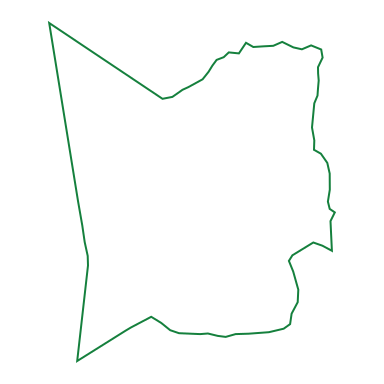 Goianinha, Rio Grande do Norte, Brazil
{"feature_id": "56859067B94338823405962", "entity_name": "Goianinha", "entity_type": "district", "adm_level": 2, "iso_a3": "BRA", "parent_name": "Brazil", "parent_adm1": "Rio Grande do Norte", "projection": "orthographic", "projection_center": [-35.19, -6.288], "detail": "fine", "context": "isolated", "style": "outline", "palette": "green", "viewbox_px": 384, "rotation_deg": 0, "n_neighbors": 0, "source": "geoboundaries", "source_scale": "gbopen_adm2", "svg_char_len": 931}
<svg xmlns="http://www.w3.org/2000/svg" viewBox="0 0 384 384"><path d="M49.2,23.0L78.1,201.6L82.3,225.6L84.7,242.1L87.7,255.9L88.0,265.5L77.2,361.0L125.7,330.6L130.9,327.5L151.2,316.8L161.3,323.0L170.2,330.2L179.0,333.2L200.2,334.1L207.9,333.5L217.8,335.9L225.7,336.9L235.6,334.1L248.6,333.7L268.9,332.2L283.7,328.7L290.1,324.1L291.6,313.7L297.7,302.2L298.3,289.7L293.2,271.5L288.9,260.9L292.4,255.3L313.3,242.5L322.4,245.7L331.9,250.8L330.5,221.1L334.8,212.4L329.7,208.9L327.9,201.6L329.8,189.7L329.7,173.6L327.3,162.9L320.9,153.7L314.0,149.8L314.3,140.4L312.0,127.5L314.3,103.3L317.5,95.6L318.0,88.5L318.7,80.6L318.1,73.3L318.0,67.2L322.6,57.6L321.2,49.5L311.1,45.4L301.9,49.3L293.4,47.4L282.2,41.9L273.3,45.8L262.4,46.4L253.3,47.0L246.0,42.8L238.9,53.4L228.8,52.4L223.7,57.2L216.6,59.9L212.4,65.6L208.5,71.9L202.6,79.3L188.2,87.2L182.5,89.8L172.4,96.9L162.5,98.8L49.2,23.0Z" fill="none" stroke="#15803d" stroke-width="2"/></svg>